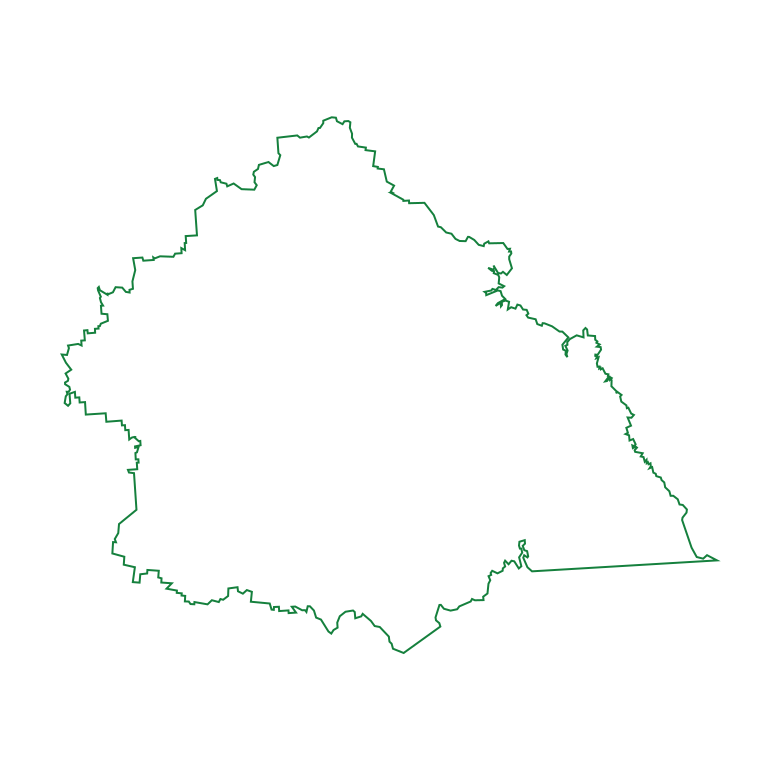 outline of Murrindindi, Victoria, Australia, rotated 356°
{"feature_id": "25037944B67422185849488", "entity_name": "Murrindindi", "entity_type": "district", "adm_level": 2, "iso_a3": "AUS", "parent_name": "Australia", "parent_adm1": "Victoria", "projection": "mercator", "projection_center": [145.689, -37.281], "detail": "fine", "context": "isolated", "style": "outline", "palette": "green", "viewbox_px": 768, "rotation_deg": 356, "n_neighbors": 0, "source": "geoboundaries", "source_scale": "gbopen_adm2", "svg_char_len": 6130}
<svg xmlns="http://www.w3.org/2000/svg" viewBox="0 0 768 768"><g transform="rotate(356 384 384)"><path d="M368.7,120.6L366.8,119.2L362.8,119.2L360.8,121.9L355.4,118.6L354.6,115.0L350.4,114.3L341.8,117.1L341.6,119.6L338.0,124.1L336.5,124.1L334.8,127.3L326.3,132.9L324.4,131.7L317.4,132.4L314.8,130.0L294.8,130.9L294.8,146.4L296.5,148.5L292.9,158.1L289.2,158.9L284.2,154.5L274.5,156.7L273.3,160.7L269.0,163.2L268.2,166.0L269.8,168.6L268.9,173.7L270.9,176.8L268.2,181.1L255.5,179.7L248.0,173.5L241.4,175.9L240.8,173.2L235.2,171.4L234.6,169.2L232.1,168.8L232.0,166.9L229.7,167.6L230.8,179.9L219.3,186.8L215.7,193.1L207.8,197.2L207.8,222.7L196.5,222.6L196.5,229.5L195.0,229.5L194.9,236.6L191.3,234.3L191.2,239.4L184.7,239.4L182.8,242.4L169.5,241.0L164.1,242.7L162.7,241.6L162.9,244.2L152.5,244.2L151.8,241.0L142.5,241.0L143.8,253.0L140.2,264.1L140.2,271.5L136.7,272.3L136.6,275.0L132.9,274.1L129.6,269.6L123.0,268.7L120.0,273.6L114.9,275.3L114.3,273.8L114.3,275.7L107.1,270.6L106.3,267.3L105.1,268.4L105.3,270.7L107.6,277.2L106.6,278.4L107.4,282.7L109.2,286.2L107.1,286.2L107.1,294.2L112.9,295.1L113.0,301.7L105.7,304.1L104.6,306.4L103.1,306.4L103.1,308.8L99.5,308.8L99.4,312.7L92.0,312.8L91.9,309.6L88.5,309.7L88.6,319.6L85.0,319.6L85.0,324.5L81.7,322.7L71.5,323.6L72.2,326.2L69.8,332.9L64.6,332.1L68.2,340.6L73.0,347.9L67.1,351.3L69.5,356.7L68.9,358.8L65.9,360.3L65.9,362.0L69.9,364.9L70.4,367.8L68.8,369.8L67.0,369.6L67.5,372.1L65.7,374.1L64.1,380.7L67.3,383.7L69.7,381.4L69.6,371.8L75.1,370.3L75.1,376.1L79.1,376.1L79.1,381.2L84.5,381.2L84.4,393.7L104.3,393.8L104.4,402.3L119.7,402.2L119.7,407.0L122.7,407.0L122.7,412.0L126.0,412.0L126.0,421.6L128.6,419.9L131.4,419.4L133.1,419.7L131.2,419.7L135.4,424.0L136.9,423.8L136.9,428.1L131.3,428.9L131.3,430.3L134.8,429.6L132.8,434.9L131.2,435.5L131.1,441.9L133.7,442.0L133.7,445.3L131.9,445.3L131.9,451.8L122.6,451.8L123.4,454.5L128.4,455.5L128.3,492.2L109.9,505.2L108.5,514.2L104.6,519.9L105.6,523.2L102.7,522.8L101.2,534.1L112.9,538.2L111.8,546.1L122.7,549.4L119.6,564.1L126.3,565.1L127.6,556.8L134.5,556.5L135.0,553.0L146.3,554.6L145.3,561.2L148.5,562.3L148.0,566.5L158.4,568.0L152.8,573.0L163.0,575.6L162.7,577.9L167.6,578.7L167.3,580.9L170.9,581.5L170.2,587.0L174.1,587.4L175.6,590.0L179.4,590.5L179.7,588.3L192.6,591.5L197.2,587.7L204.0,590.0L205.8,587.1L208.5,588.0L213.7,584.6L214.5,577.1L223.7,576.5L223.9,580.6L228.6,583.3L232.8,580.0L237.7,582.1L236.0,591.9L254.7,595.0L256.1,601.2L258.3,601.6L258.7,598.8L263.6,598.9L263.6,603.2L272.9,603.2L272.9,605.9L280.3,605.9L276.5,599.8L279.9,599.8L286.6,604.0L289.4,604.1L290.7,606.0L292.4,600.4L294.6,600.6L298.3,605.1L300.0,612.3L304.7,614.6L311.3,627.0L314.0,629.3L316.5,625.9L320.7,623.8L320.7,618.8L323.7,612.6L329.7,608.5L337.3,607.8L338.9,609.4L339.0,615.7L345.1,614.2L346.7,611.8L354.5,619.5L357.8,624.8L362.8,626.1L371.2,636.3L371.5,641.4L373.5,643.6L374.5,648.7L384.8,653.7L423.3,629.9L422.5,626.4L419.4,623.4L419.1,620.5L423.9,608.3L425.3,608.3L428.1,612.4L434.6,614.7L441.3,613.8L443.6,611.1L455.3,607.0L456.8,604.6L459.6,606.1L468.2,606.5L468.1,603.1L472.6,600.2L474.3,590.5L476.3,587.2L474.9,583.0L477.6,581.9L477.2,580.0L478.9,577.9L484.0,580.8L489.3,578.6L489.7,576.2L492.1,574.5L491.3,570.8L492.5,568.7L495.7,572.5L498.9,569.2L501.6,570.0L505.6,577.4L508.3,575.4L506.7,566.3L510.1,561.9L509.5,557.8L508.1,557.7L507.4,554.6L508.1,550.8L513.5,549.6L513.5,553.1L511.1,555.1L512.4,559.6L515.1,560.7L515.8,566.0L515.0,567.0L511.9,564.6L510.8,567.0L514.3,576.8L518.6,581.2L703.9,583.2L694.3,577.3L690.2,580.5L683.9,578.4L679.4,568.7L671.9,540.5L672.5,538.1L676.8,533.4L677.4,530.3L673.6,525.5L670.4,524.8L669.0,519.5L664.8,515.7L662.1,515.5L661.2,510.9L657.3,506.7L656.7,501.7L654.2,499.2L653.6,496.6L649.2,494.9L648.8,492.5L646.5,491.2L645.7,485.6L643.1,486.5L644.4,484.7L644.3,481.7L642.3,482.5L641.8,480.4L640.5,481.3L640.6,477.9L638.7,479.7L637.8,475.0L635.1,474.2L637.2,471.1L629.8,469.2L629.4,467.5L631.9,465.1L630.7,464.0L627.8,465.3L627.5,462.6L629.2,463.5L630.8,461.7L628.7,456.3L625.0,457.5L624.9,452.3L621.5,450.8L623.9,449.7L622.7,444.6L627.5,442.8L624.7,434.4L628.5,434.9L631.1,432.3L628.5,430.7L626.1,424.7L624.6,425.1L624.3,422.2L619.5,418.1L618.7,412.9L620.2,411.5L616.2,408.1L615.0,409.5L615.5,407.6L610.7,402.1L611.3,396.2L610.1,395.6L611.6,394.0L610.4,393.2L609.5,394.9L609.3,393.7L606.6,396.6L604.9,396.8L609.0,392.1L607.9,391.6L608.5,390.0L605.6,389.2L603.2,383.6L601.3,384.5L601.1,382.8L599.8,383.5L600.1,381.6L598.2,381.7L597.8,378.3L599.9,372.3L597.6,373.1L598.5,371.4L596.7,370.7L596.9,369.4L599.1,369.8L602.9,364.9L602.7,362.3L599.0,361.6L601.9,359.6L598.8,357.7L599.8,356.4L597.8,354.6L597.9,350.9L590.7,349.8L590.4,343.8L588.9,342.2L586.5,344.4L586.3,351.4L579.6,348.9L572.5,352.2L569.7,355.1L569.7,357.7L567.6,358.6L569.5,363.4L568.1,366.8L568.8,370.0L567.1,367.3L567.7,363.5L565.1,362.1L564.7,357.3L571.2,350.4L565.6,344.2L562.7,343.9L555.7,338.2L548.4,334.7L546.5,334.4L545.5,336.9L541.1,334.9L539.8,330.0L532.4,327.8L530.9,325.3L532.9,323.9L531.5,320.0L527.9,319.4L525.6,315.2L522.6,314.1L520.4,318.0L516.2,316.3L512.7,318.3L514.5,310.7L511.0,309.2L507.2,310.3L507.2,313.5L506.1,314.7L506.0,311.1L500.8,313.9L503.2,311.3L510.9,307.7L507.9,304.2L506.8,299.5L504.1,298.6L492.2,302.5L492.2,300.3L490.8,299.1L497.6,298.2L498.8,296.7L502.2,298.0L505.1,295.4L508.9,296.1L510.7,294.8L505.4,291.7L506.4,285.7L505.6,283.2L501.2,281.1L501.7,279.1L499.5,278.6L496.0,275.4L501.0,277.6L502.3,275.8L501.5,273.4L505.5,281.2L508.4,281.9L510.5,280.4L514.1,283.8L519.7,277.5L517.6,268.3L517.8,265.6L520.1,262.7L520.0,260.7L518.0,260.6L519.1,257.9L516.6,257.9L512.8,251.7L498.7,251.0L498.1,249.0L493.8,251.0L493.1,253.4L488.2,251.8L484.1,246.6L479.2,243.2L478.0,243.1L475.4,247.2L469.4,246.6L465.4,244.2L461.8,238.8L456.6,237.2L451.7,231.6L448.9,230.7L445.5,219.0L437.0,206.1L421.7,205.4L421.7,202.7L416.1,202.7L416.1,201.5L404.0,193.7L405.5,193.6L404.1,192.7L407.9,186.8L400.9,182.3L398.9,169.8L392.7,168.6L393.0,167.0L388.4,165.9L391.4,151.3L381.9,149.4L382.4,146.9L374.6,145.2L373.4,142.5L372.1,142.5L369.2,136.0L369.6,132.1L367.8,126.0L368.7,120.6Z" fill="none" stroke="#15803d" stroke-width="2"/></g></svg>